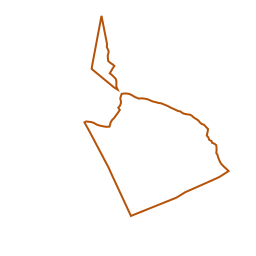 the district of Joaquim Gomes, Alagoas, Brazil, rotated 227°
{"feature_id": "56859067B41171475234943", "entity_name": "Joaquim Gomes", "entity_type": "district", "adm_level": 2, "iso_a3": "BRA", "parent_name": "Brazil", "parent_adm1": "Alagoas", "projection": "albers", "projection_center": [-35.737, -9.072], "detail": "fine", "context": "isolated", "style": "outline", "palette": "amber", "viewbox_px": 256, "rotation_deg": 227, "n_neighbors": 0, "source": "geoboundaries", "source_scale": "gbopen_adm2", "svg_char_len": 1573}
<svg xmlns="http://www.w3.org/2000/svg" viewBox="0 0 256 256"><g transform="rotate(227 128 128)"><path d="M61.7,70.2L44.0,116.1L42.0,126.1L31.5,156.4L30.8,158.5L29.8,161.7L27.9,172.2L30.7,172.1L34.2,171.8L38.0,171.7L39.9,172.1L42.5,172.9L45.5,174.1L47.5,175.2L49.5,175.5L51.3,177.6L53.6,179.6L55.2,180.8L57.6,180.5L59.8,179.4L61.6,180.2L63.8,179.3L66.5,180.4L68.7,180.4L70.9,183.6L72.6,185.8L75.6,185.8L78.5,185.8L80.8,184.6L83.4,184.4L85.7,184.6L88.0,184.0L91.0,183.2L93.3,183.1L95.3,182.5L98.0,180.3L100.5,178.6L102.3,177.9L104.2,177.7L106.3,176.2L109.1,175.1L111.7,174.0L114.4,172.9L116.9,172.1L118.8,171.2L121.0,170.2L123.1,169.3L125.7,167.3L128.1,165.8L130.6,164.2L133.4,162.9L135.9,161.8L138.0,160.3L140.4,158.2L142.2,155.9L144.1,155.1L145.8,154.2L148.8,153.4L151.6,152.4L153.7,150.9L155.2,149.5L157.3,146.7L156.0,144.3L154.9,142.5L152.6,141.2L150.9,139.6L149.8,137.4L149.5,134.8L146.8,134.3L146.0,131.0L145.4,127.8L144.8,124.7L144.7,121.8L143.9,119.1L141.6,115.4L143.6,113.0L145.7,111.3L147.7,109.9L149.3,108.8L151.7,107.5L154.7,106.6L157.1,105.4L159.4,103.5L161.3,101.9L161.8,100.0L152.6,97.7L144.7,95.6L136.3,93.3L125.1,90.3L121.6,89.3L112.6,86.9L106.5,84.8L61.7,70.2ZM228.1,185.1L212.2,163.5L198.9,145.4L196.0,141.7L173.1,144.7L167.5,145.4L163.1,146.6L166.2,147.7L168.6,150.0L170.3,151.5L172.2,152.5L175.5,152.5L178.5,152.3L180.4,151.9L181.2,154.7L182.1,157.6L182.7,160.4L184.8,160.2L187.6,159.5L190.4,159.2L192.8,160.9L195.1,162.9L196.1,164.8L197.5,166.3L199.9,167.1L201.8,167.8L203.8,170.0L228.1,185.1Z" fill="none" stroke="#b45309" stroke-width="2"/></g></svg>